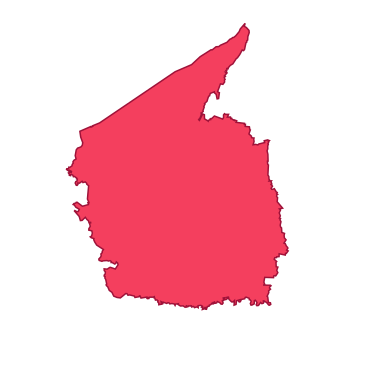 outline of Klaten, Jawa Tengah, Indonesia, rotated 67°
{"feature_id": "22746128B24447956326165", "entity_name": "Klaten", "entity_type": "district", "adm_level": 2, "iso_a3": "IDN", "parent_name": "Indonesia", "parent_adm1": "Jawa Tengah", "projection": "robinson", "projection_center": [110.611, -7.675], "detail": "fine", "context": "isolated", "style": "filled", "palette": "rose", "viewbox_px": 384, "rotation_deg": 67, "n_neighbors": 0, "source": "geoboundaries", "source_scale": "gbopen_adm2", "svg_char_len": 6092}
<svg xmlns="http://www.w3.org/2000/svg" viewBox="0 0 384 384"><g transform="rotate(67 192 192)"><path d="M57.5,77.2L60.8,83.9L62.8,85.9L65.3,90.7L66.0,93.1L65.7,94.4L66.2,95.5L66.2,97.5L67.9,101.4L68.0,108.5L68.6,110.5L67.7,113.1L68.9,117.3L69.0,118.2L68.5,118.8L70.6,131.5L74.6,142.6L74.7,160.5L92.3,250.1L92.2,257.7L92.8,257.7L92.8,259.6L92.2,259.6L92.3,271.5L98.0,273.0L103.9,273.3L106.2,274.8L107.1,276.7L106.9,280.2L108.0,282.1L112.9,285.3L116.3,285.8L116.7,288.4L117.8,289.9L119.0,290.0L119.8,291.5L121.0,292.2L121.6,294.9L121.0,295.6L122.2,296.7L121.7,298.3L122.3,298.7L124.0,297.6L124.1,296.7L125.1,297.2L125.1,295.5L126.0,294.9L127.0,295.6L126.3,296.5L126.2,298.3L127.8,298.0L128.7,298.4L129.4,297.5L128.6,297.2L129.1,295.8L130.0,295.1L131.6,295.2L131.8,294.1L134.1,292.7L134.7,293.1L135.3,292.5L137.0,293.6L137.0,294.9L138.1,296.0L140.6,295.9L141.0,295.2L140.5,294.1L139.1,293.6L139.9,292.1L139.2,289.0L140.7,288.7L141.0,286.3L143.0,285.5L143.8,285.8L145.8,284.7L157.6,291.0L161.0,291.0L161.2,292.7L161.6,291.2L163.1,292.3L162.3,298.4L156.5,301.8L156.3,302.7L156.8,303.2L156.5,305.3L157.1,306.3L158.0,305.4L160.6,304.9L163.9,302.5L165.5,304.4L165.1,305.7L163.3,307.1L163.6,307.6L170.4,305.4L174.7,305.9L175.2,304.2L173.6,300.1L176.3,299.5L177.8,298.6L180.0,298.8L180.3,297.2L180.8,297.3L180.6,298.6L183.8,299.0L185.5,301.3L186.8,301.9L188.6,299.4L190.9,299.8L193.3,301.6L193.5,303.2L194.8,302.6L196.5,300.5L197.5,301.1L199.9,301.1L203.6,300.5L210.3,296.0L211.5,297.8L212.7,298.3L213.5,300.1L215.0,300.4L216.1,301.4L217.3,304.0L218.7,304.2L220.6,302.0L220.6,300.7L221.9,297.0L222.9,295.9L223.2,294.3L224.4,293.5L225.3,294.0L225.7,293.1L228.1,291.3L228.1,290.2L226.8,289.0L228.2,288.2L230.1,288.5L232.9,292.7L229.5,296.5L229.3,297.3L229.9,300.2L228.4,302.9L230.1,303.5L231.6,302.9L233.6,304.0L234.2,305.3L235.2,305.7L235.8,305.0L237.1,305.8L238.9,305.6L243.5,306.5L243.7,307.2L244.6,307.4L246.4,306.6L250.3,306.6L253.1,304.9L257.3,304.7L259.8,302.2L261.5,299.3L259.6,292.7L260.1,291.6L262.0,291.3L262.4,289.6L265.2,285.8L266.8,285.7L267.8,281.2L267.1,280.9L267.4,280.4L269.7,280.4L271.1,274.6L271.7,273.9L272.3,275.0L272.7,274.8L273.2,273.3L272.3,272.4L272.4,271.7L273.5,269.2L273.6,267.7L274.6,268.3L275.1,267.7L277.2,267.9L277.6,266.5L279.0,265.8L279.7,266.5L281.4,266.0L282.8,266.6L283.4,263.8L280.8,263.3L281.8,262.4L283.0,263.0L283.4,262.6L282.3,261.4L284.7,258.8L284.5,257.4L285.1,256.5L286.3,256.2L286.8,254.1L288.1,252.1L289.8,251.9L288.8,250.9L289.4,248.5L289.8,249.0L292.4,247.2L293.4,244.6L295.4,243.4L295.2,242.2L294.5,241.6L294.8,241.2L295.8,241.8L296.0,240.4L295.5,239.3L296.3,238.3L296.1,237.6L296.6,236.9L297.7,237.2L298.0,235.2L299.4,234.9L299.7,232.4L300.9,231.5L299.0,230.8L299.8,228.1L301.3,227.0L301.7,228.2L302.7,227.3L304.2,228.4L304.3,227.3L303.3,225.1L304.2,224.2L304.2,225.5L304.9,225.7L305.6,224.5L303.4,222.7L303.8,220.9L302.9,220.3L303.1,219.0L302.3,217.3L302.8,217.5L303.3,216.0L302.3,215.6L301.9,214.4L302.3,214.1L303.3,214.5L303.6,213.7L303.7,212.6L302.7,211.5L304.7,209.7L306.5,209.1L307.1,208.0L306.3,206.7L304.0,206.6L304.1,205.3L301.7,204.6L302.1,203.2L303.9,204.1L304.3,202.6L303.8,200.5L303.2,200.5L302.6,201.1L302.8,200.1L303.0,199.5L305.2,199.9L308.6,198.5L309.2,197.3L308.5,195.4L312.6,197.5L312.7,195.4L309.5,193.5L309.8,190.7L310.6,191.8L311.7,191.5L311.9,190.5L311.0,189.3L310.0,189.3L310.9,185.2L309.9,184.3L309.9,183.3L312.2,180.9L313.5,181.3L313.8,180.7L315.7,180.2L317.5,181.9L319.2,181.9L319.5,180.8L319.3,178.5L316.3,177.0L316.4,175.9L319.2,175.4L320.9,177.0L322.0,176.7L322.4,175.1L320.5,172.0L322.1,171.3L322.2,169.7L321.7,169.1L320.2,169.0L320.2,168.4L322.9,166.5L326.0,165.6L326.5,164.8L326.2,163.4L324.6,163.1L323.4,164.8L318.2,163.3L317.3,163.6L314.6,160.6L312.9,160.1L312.1,157.7L310.8,158.2L309.8,157.7L309.2,155.9L308.5,156.2L305.8,162.2L305.3,161.9L305.2,161.1L303.1,161.1L299.0,158.4L302.7,150.4L301.2,149.6L301.5,147.9L301.9,147.7L301.5,147.0L299.8,144.5L297.2,144.6L294.7,142.3L293.7,143.7L289.6,142.2L289.1,141.2L286.0,142.6L284.8,141.5L285.4,139.8L284.7,139.3L285.5,137.1L282.9,135.9L286.5,130.8L285.0,129.9L285.4,129.2L283.8,126.5L282.4,127.6L281.3,125.8L280.6,125.6L278.5,126.3L276.1,126.3L275.0,127.3L272.8,124.1L270.3,124.9L267.8,124.1L266.3,123.0L264.3,125.1L260.0,123.6L259.0,124.1L257.0,123.8L254.1,121.7L251.9,121.9L251.0,120.9L250.2,121.8L248.5,120.0L245.3,119.9L243.2,117.6L241.7,118.2L242.3,114.9L234.2,117.4L230.6,115.4L229.3,115.9L227.7,115.0L227.6,114.2L226.7,114.8L225.8,113.7L224.8,114.4L221.1,114.9L221.1,116.7L220.6,117.6L219.5,117.7L218.1,115.6L215.9,116.3L215.8,115.4L213.3,115.2L212.8,114.5L212.0,116.8L211.4,115.9L210.2,116.1L207.7,115.2L206.0,115.5L197.0,111.1L196.2,111.5L193.8,110.8L193.1,110.5L193.3,109.9L186.9,107.4L183.4,106.8L181.9,105.4L179.2,104.3L177.9,103.1L177.3,103.3L175.8,101.7L175.2,101.9L174.9,100.7L173.6,102.0L173.0,105.5L174.9,105.8L173.9,111.7L174.4,112.9L173.0,114.9L172.4,117.3L169.7,115.1L167.4,114.5L166.6,113.8L165.3,115.9L163.8,115.5L160.8,116.9L157.7,114.1L157.4,114.4L154.4,113.7L152.4,117.4L150.6,116.4L150.2,117.4L149.3,116.9L145.1,124.2L143.9,123.0L142.2,124.9L142.6,125.2L140.5,126.7L139.6,126.7L139.5,127.7L138.0,127.3L136.9,130.2L134.8,128.0L133.6,130.9L132.6,131.5L133.4,132.9L135.7,133.8L136.8,135.3L130.8,141.7L132.1,145.1L131.8,145.8L132.5,146.4L131.9,146.8L132.5,147.4L132.4,149.4L132.9,149.5L129.5,151.9L125.7,150.4L124.4,151.7L129.0,157.2L128.0,157.6L126.8,155.4L123.9,152.8L123.1,152.8L123.4,152.2L122.9,152.2L122.2,150.2L121.4,150.1L118.6,147.6L118.0,147.8L116.2,145.7L115.5,145.9L114.4,142.8L111.2,140.1L110.3,139.0L110.3,138.2L108.4,136.7L108.5,132.3L109.3,132.7L111.5,131.6L116.1,132.5L116.4,131.0L111.3,128.0L109.7,129.3L103.6,123.6L105.0,121.5L103.5,119.0L101.6,118.4L101.4,117.6L99.3,117.6L98.6,116.1L97.8,116.8L96.3,113.8L95.0,114.3L95.6,113.2L93.4,113.3L93.4,112.1L92.0,111.7L92.6,110.5L91.9,110.3L90.4,107.3L90.0,104.3L86.6,99.3L86.2,97.7L84.1,94.3L80.9,90.3L82.0,89.3L81.4,88.0L75.8,84.1L75.4,83.0L74.1,82.4L73.9,81.4L70.8,79.9L67.7,77.1L65.5,76.4L61.8,77.7L60.0,79.1L57.5,77.2Z" fill="#f43f5e" stroke="#9f1239" stroke-width="1.5"/></g></svg>